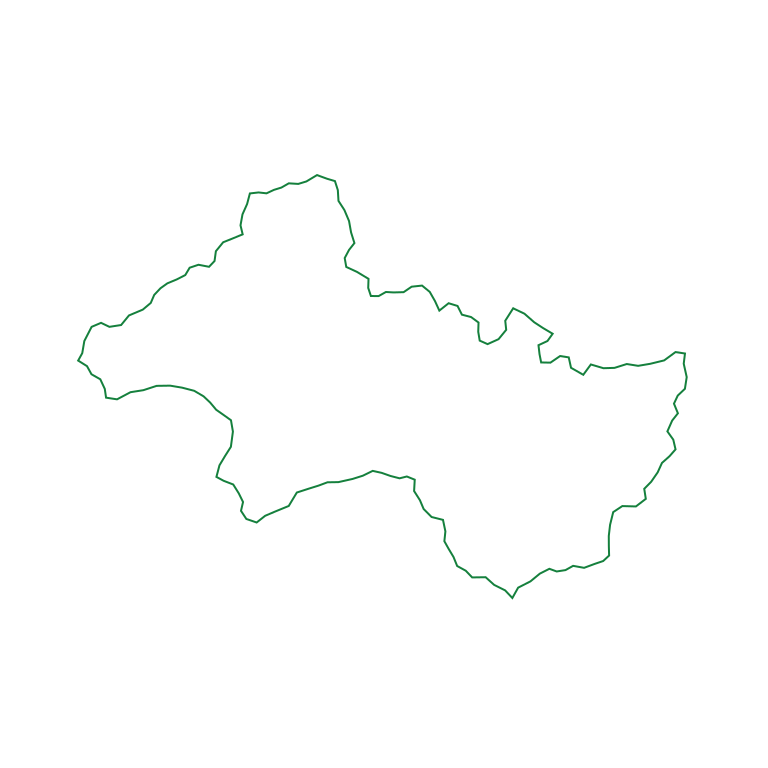 São Geraldo, Minas Gerais, Brazil (orthographic projection), rotated 20°
{"feature_id": "56859067B30178745764727", "entity_name": "São Geraldo", "entity_type": "district", "adm_level": 2, "iso_a3": "BRA", "parent_name": "Brazil", "parent_adm1": "Minas Gerais", "projection": "orthographic", "projection_center": [-42.831, -20.909], "detail": "fine", "context": "isolated", "style": "outline", "palette": "green", "viewbox_px": 768, "rotation_deg": 20, "n_neighbors": 0, "source": "geoboundaries", "source_scale": "gbopen_adm2", "svg_char_len": 2415}
<svg xmlns="http://www.w3.org/2000/svg" viewBox="0 0 768 768"><g transform="rotate(20 384 384)"><path d="M249.6,210.6L241.8,220.2L235.0,225.3L225.9,228.0L220.4,234.5L214.2,239.2L208.4,245.0L200.6,246.9L192.8,250.8L193.8,261.7L193.0,273.0L194.9,284.0L200.0,291.7L191.8,299.2L184.4,305.8L180.6,316.7L182.7,326.4L179.5,333.7L168.9,335.4L161.6,341.2L160.0,349.6L153.5,356.6L146.0,363.5L141.2,370.5L137.6,378.9L137.1,387.6L131.9,396.6L120.9,406.8L116.8,418.5L106.4,424.2L97.2,423.3L89.7,430.3L87.7,446.1L89.9,458.2L88.6,466.6L98.8,468.8L105.8,474.9L115.8,476.6L123.3,484.1L127.5,491.9L138.4,489.7L148.6,478.4L160.0,472.1L171.0,463.5L183.6,458.7L195.5,456.5L208.0,455.3L218.7,457.3L227.0,460.9L235.1,465.6L243.3,467.8L252.6,470.4L258.3,480.4L261.6,495.4L259.3,505.8L257.2,516.7L258.3,528.6L266.4,529.8L276.7,530.0L284.9,536.4L291.9,543.1L293.0,552.1L300.8,557.9L311.7,557.7L317.4,548.5L325.2,541.2L336.2,531.2L339.2,515.8L349.2,508.0L357.2,501.9L364.5,495.7L374.7,491.8L386.9,484.0L395.5,477.4L403.1,469.5L412.2,468.3L421.6,468.2L430.9,467.3L437.1,463.1L445.6,463.4L448.9,474.3L457.5,480.9L464.0,487.9L474.2,492.7L485.9,491.5L492.1,501.5L494.5,511.1L501.0,516.7L508.5,522.8L515.0,530.0L524.7,531.5L533.0,535.6L545.6,530.8L556.2,535.1L568.4,536.5L577.8,541.2L579.7,529.5L589.1,519.4L595.3,508.9L602.6,501.1L610.4,501.1L618.2,496.8L623.9,490.2L634.9,488.3L643.5,481.0L650.5,475.4L654.2,468.2L650.8,459.6L647.2,449.9L644.6,439.0L643.2,426.0L649.7,417.2L662.6,412.9L669.3,402.4L664.4,393.5L668.5,384.5L671.4,373.4L672.2,363.1L677.0,354.2L680.3,345.7L674.9,337.4L666.5,331.6L667.3,319.8L670.2,311.0L663.2,303.3L664.0,294.4L668.4,285.6L666.1,274.0L658.7,262.4L656.4,252.4L647.0,254.3L639.2,266.0L627.2,274.0L616.6,280.0L605.3,282.2L595.1,290.0L584.8,294.1L571.7,294.9L568.1,307.2L554.2,304.8L548.5,295.8L539.9,297.5L533.1,307.0L524.3,310.0L519.9,302.7L515.9,294.7L522.9,287.7L525.3,279.1L514.2,277.0L504.0,274.6L491.9,269.9L479.5,268.7L476.3,283.1L480.3,291.3L476.3,302.7L467.7,311.1L459.1,310.5L454.7,302.7L451.8,293.9L442.9,291.3L433.5,292.2L426.4,285.5L417.1,286.0L410.9,296.1L403.6,288.7L395.5,281.8L386.1,278.5L376.7,283.1L371.0,291.0L361.6,294.7L354.3,296.9L348.9,303.2L341.6,305.8L336.3,299.1L333.5,290.5L320.3,287.9L308.5,286.9L304.0,279.1L305.3,269.9L308.0,261.7L301.2,252.8L295.4,242.8L287.3,234.1L278.6,227.5L274.3,217.6L268.5,210.1L260.3,210.6L249.6,210.6Z" fill="none" stroke="#15803d" stroke-width="2"/></g></svg>